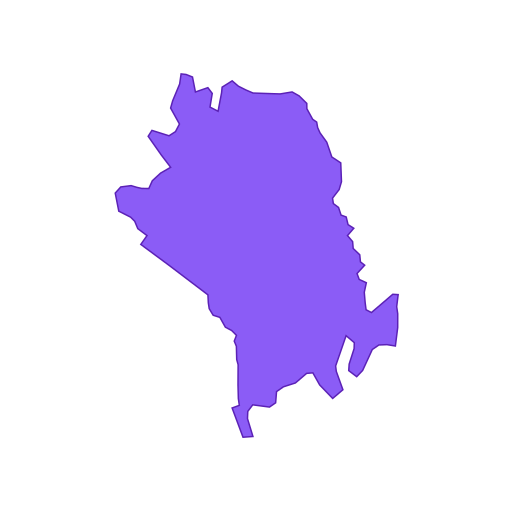 the district of São João da Urtiga, Rio Grande do Sul, Brazil, rotated 215°
{"feature_id": "56859067B38946215789436", "entity_name": "São João da Urtiga", "entity_type": "district", "adm_level": 2, "iso_a3": "BRA", "parent_name": "Brazil", "parent_adm1": "Rio Grande do Sul", "projection": "natural_earth1", "projection_center": [-51.841, -27.789], "detail": "fine", "context": "isolated", "style": "filled", "palette": "violet", "viewbox_px": 512, "rotation_deg": 215, "n_neighbors": 0, "source": "geoboundaries", "source_scale": "gbopen_adm2", "svg_char_len": 1656}
<svg xmlns="http://www.w3.org/2000/svg" viewBox="0 0 512 512"><g transform="rotate(215 256 256)"><path d="M398.7,242.0L406.4,235.0L407.4,226.8L394.1,214.0L381.0,215.9L375.3,214.9L368.5,210.6L357.0,210.2L357.0,199.4L322.5,198.5L273.1,196.6L268.2,190.3L264.1,186.0L257.1,182.9L250.4,185.0L240.2,180.1L233.2,181.0L226.5,179.8L225.0,173.8L220.3,170.8L212.4,160.1L208.3,156.7L196.9,140.2L188.7,129.1L184.0,124.1L188.4,117.8L162.7,100.1L155.0,106.4L169.7,117.9L173.6,124.0L173.3,132.2L158.3,140.0L155.7,147.0L161.4,156.7L158.5,164.6L150.9,174.6L147.2,188.9L142.4,192.9L129.9,186.9L111.5,183.3L108.1,196.3L124.0,207.5L127.7,211.6L136.5,242.4L125.8,241.4L122.5,236.4L117.7,220.9L114.3,215.3L104.3,214.9L103.0,223.4L107.1,246.1L104.3,253.6L97.9,258.5L90.2,262.2L98.9,278.7L106.8,290.0L111.7,295.2L117.4,305.9L122.0,303.1L129.0,275.9L135.0,275.1L140.0,280.6L146.5,288.4L150.3,297.4L158.0,296.0L163.2,299.6L161.7,310.8L167.1,311.1L171.7,316.5L180.7,317.9L185.1,323.2L192.8,325.2L191.8,334.8L198.6,334.5L204.5,339.7L209.8,338.3L216.2,343.1L222.7,343.3L226.5,347.3L226.0,358.1L228.6,365.9L240.0,380.9L250.7,380.6L263.3,389.8L274.2,393.6L279.1,396.5L283.1,400.5L288.0,400.5L298.8,405.8L301.9,410.1L312.5,411.9L320.5,411.1L329.2,402.6L335.3,398.6L351.9,387.8L359.6,386.2L367.8,385.0L376.0,385.8L380.6,374.9L377.8,369.9L370.1,352.8L379.1,351.6L385.1,364.1L392.0,366.3L399.7,355.6L410.7,366.2L417.4,364.6L421.8,362.2L417.2,353.1L413.3,335.4L410.8,328.2L394.4,320.2L393.3,311.7L396.2,304.6L413.3,299.2L413.0,292.2L391.5,284.4L376.8,279.7L381.7,269.2L384.1,258.2L382.5,249.8L388.4,245.8L393.0,243.9L398.7,242.0Z" fill="#8b5cf6" stroke="#5b21b6" stroke-width="1.5"/></g></svg>